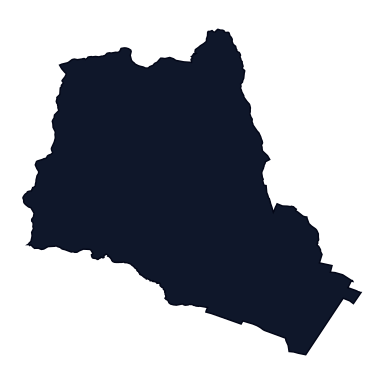 Turia, Covasna, Romania (Robinson projection)
{"feature_id": "2599482B69568835310274", "entity_name": "Turia", "entity_type": "district", "adm_level": 2, "iso_a3": "ROU", "parent_name": "Romania", "parent_adm1": "Covasna", "projection": "robinson", "projection_center": [26.016, 46.065], "detail": "fine", "context": "isolated", "style": "filled", "palette": "ink", "viewbox_px": 384, "rotation_deg": 0, "n_neighbors": 0, "source": "geoboundaries", "source_scale": "gbopen_adm2", "svg_char_len": 5811}
<svg xmlns="http://www.w3.org/2000/svg" viewBox="0 0 384 384"><path d="M305.7,354.7L343.2,298.2L349.7,300.8L353.4,303.6L361.0,292.5L360.0,292.4L358.9,291.8L358.2,291.9L357.5,291.3L355.7,290.5L347.9,287.7L351.0,281.4L351.3,281.1L352.8,281.4L352.4,280.6L351.2,280.3L342.7,274.8L335.0,272.6L330.3,272.2L332.0,265.6L319.4,262.9L322.0,254.4L320.6,251.7L320.4,249.6L318.6,246.3L317.5,245.5L317.1,244.9L317.3,243.8L317.8,243.1L317.5,242.0L317.7,241.3L318.4,240.4L318.6,239.6L318.3,237.1L318.3,233.8L316.7,230.3L315.6,229.0L311.4,226.0L308.9,223.6L307.1,218.6L306.8,217.0L304.9,216.8L302.9,216.1L297.9,212.1L296.1,211.0L295.6,210.5L296.3,209.2L294.8,208.1L293.5,206.8L291.2,206.3L290.6,206.7L287.5,206.2L282.5,206.0L277.1,203.8L276.3,205.6L275.4,207.3L274.3,210.3L273.3,212.3L271.9,207.3L270.3,202.8L270.4,202.5L269.2,198.5L268.5,197.9L267.8,195.3L266.7,192.5L266.1,185.6L264.5,185.4L264.0,185.1L263.4,183.6L262.6,180.3L263.2,179.3L262.4,177.5L261.7,173.1L261.9,171.7L263.5,168.0L263.5,167.5L264.0,166.2L264.0,165.4L265.0,163.4L265.5,161.7L269.7,159.5L267.5,155.7L262.5,151.0L262.1,149.0L262.0,147.1L261.5,145.5L261.5,144.8L262.3,143.6L262.5,142.8L262.2,141.1L261.3,139.0L260.7,136.9L258.8,132.8L257.1,131.0L253.0,125.0L252.9,124.1L252.0,121.8L252.2,119.1L250.9,117.0L249.9,114.1L249.8,112.8L250.2,112.1L250.2,109.1L250.4,108.0L249.7,105.0L249.3,104.1L246.9,101.4L243.9,97.2L243.7,95.5L241.8,92.0L241.2,89.8L240.6,88.6L240.6,87.5L241.0,86.5L240.6,84.0L242.4,82.2L242.8,80.3L243.7,78.3L244.2,73.1L244.5,72.0L244.7,70.8L244.4,70.3L242.3,68.6L242.6,67.0L243.0,66.6L243.0,66.0L242.1,63.0L242.2,61.8L241.1,60.4L240.7,58.6L239.9,56.9L240.5,55.2L240.1,54.1L239.2,52.5L237.6,51.8L237.1,51.2L236.7,50.5L236.7,49.6L236.3,49.4L235.6,46.3L233.5,44.6L233.0,43.9L232.1,41.5L232.2,39.2L231.3,37.4L229.9,35.8L229.1,33.1L228.8,32.7L228.1,32.3L226.3,32.5L224.4,32.1L224.0,30.8L223.6,30.6L222.6,30.2L220.3,30.1L217.9,29.3L216.4,30.4L215.3,31.9L214.8,32.1L213.2,31.8L212.4,30.8L212.0,30.6L210.0,31.4L208.3,31.4L207.7,32.2L207.5,36.0L206.5,38.9L206.5,40.5L206.2,41.6L203.5,43.8L200.3,45.8L198.5,47.4L195.4,49.6L195.0,51.6L195.1,52.8L196.0,53.3L195.4,53.5L195.4,53.9L194.5,54.4L194.4,53.8L193.8,53.7L193.0,54.9L192.6,56.0L191.4,56.5L192.6,58.1L192.5,58.4L192.0,58.5L191.1,59.3L191.1,60.1L191.7,61.0L191.3,62.0L191.4,62.4L183.9,61.9L175.8,60.4L173.5,58.8L169.8,57.5L165.0,58.6L162.0,58.2L160.7,58.2L158.2,61.0L157.5,62.0L154.5,63.5L153.1,65.3L149.6,66.7L148.5,67.9L147.2,68.1L145.6,68.1L143.2,67.0L139.8,66.2L138.1,65.6L135.3,64.2L134.2,63.0L132.3,61.5L131.4,60.1L130.2,55.4L131.1,51.8L131.1,51.2L130.7,50.1L128.5,48.7L126.1,48.0L124.2,47.9L121.2,48.4L120.8,48.9L120.2,50.6L119.0,51.9L117.9,52.4L115.5,52.3L111.2,53.1L109.4,52.8L107.1,53.3L105.1,55.4L102.6,56.2L101.5,56.2L98.9,56.9L95.6,56.5L92.3,56.9L91.4,56.6L88.9,56.9L87.8,57.3L87.4,58.2L85.3,59.5L84.5,58.6L83.3,58.6L82.2,59.0L77.4,59.7L74.5,59.1L73.2,59.3L72.1,59.6L68.8,62.1L67.5,62.8L61.7,64.2L59.6,65.1L61.7,68.7L64.7,72.2L65.9,73.3L66.3,74.0L65.0,76.8L62.1,80.5L62.1,81.0L63.0,82.2L63.4,83.3L62.7,83.8L61.4,85.3L61.9,86.1L61.4,86.5L60.8,87.6L60.3,87.9L59.9,94.2L59.3,95.1L56.9,97.4L57.0,98.6L56.3,101.3L56.7,102.9L57.7,104.4L57.7,105.7L58.0,106.2L57.9,107.3L58.1,108.5L58.6,109.7L58.7,110.7L54.5,115.0L54.1,118.1L53.1,119.5L52.3,121.2L52.9,123.7L53.1,127.4L55.2,131.6L55.3,132.5L55.0,134.5L55.3,136.9L55.3,138.2L54.2,142.2L51.5,148.1L51.4,148.9L51.6,150.0L52.6,152.5L52.4,153.2L50.8,154.4L48.5,155.2L47.5,155.9L46.6,157.6L45.8,158.4L44.0,158.7L42.3,159.5L37.1,161.1L36.4,161.8L35.3,164.9L36.9,168.6L38.6,171.3L38.7,172.1L38.4,173.7L37.1,175.6L36.1,179.9L36.0,181.9L35.5,183.8L35.3,186.1L33.3,187.6L32.7,187.6L32.8,188.1L31.9,189.4L31.7,190.5L31.4,190.8L28.1,191.5L27.3,192.0L27.0,192.8L26.6,193.2L25.4,194.0L24.4,195.1L23.0,197.4L23.1,198.7L23.7,199.6L23.7,201.9L24.3,203.2L25.6,204.6L28.5,206.9L31.0,207.8L34.1,213.2L33.4,217.1L32.0,218.8L31.7,219.6L31.7,220.9L31.9,221.4L32.9,222.3L33.0,222.7L33.2,224.4L32.9,226.7L33.5,228.7L31.7,232.3L32.1,235.6L31.9,237.2L30.9,241.5L29.4,242.8L28.5,244.1L27.7,244.6L28.8,244.6L29.8,245.5L30.6,244.8L30.9,244.8L32.7,246.8L34.5,248.3L38.4,248.2L41.4,249.4L43.8,249.0L48.0,246.6L55.0,246.2L56.1,245.7L57.3,246.5L60.1,247.4L60.9,247.9L61.3,248.5L62.9,249.2L64.8,249.6L71.3,252.0L73.0,251.7L74.8,252.3L77.0,252.2L79.3,250.8L83.4,249.1L89.5,249.4L90.6,249.7L92.9,253.3L92.7,254.1L91.5,254.6L91.6,256.0L92.3,257.6L93.0,258.1L96.4,258.6L97.2,259.4L98.2,259.3L98.9,258.6L100.1,258.1L101.0,257.1L102.4,257.7L103.5,257.7L104.0,257.3L103.8,256.3L104.1,255.8L104.0,255.3L105.3,254.8L105.8,254.3L106.7,254.2L108.2,255.5L107.8,256.1L109.1,256.6L110.4,257.9L111.4,259.3L111.9,260.5L112.3,260.8L112.5,261.3L113.0,261.6L114.3,262.2L116.4,262.4L121.7,262.3L124.0,262.0L124.7,262.6L127.1,262.7L130.6,263.9L131.8,265.1L133.5,266.3L135.3,268.3L137.0,269.2L136.8,270.0L137.4,271.0L138.8,271.8L138.9,272.7L140.1,273.7L139.9,274.4L141.8,275.3L144.7,277.7L145.7,277.9L146.2,278.9L146.5,279.0L146.9,278.6L147.7,278.8L149.8,279.8L150.1,280.7L153.0,280.8L152.9,281.4L155.7,281.8L156.4,282.6L157.0,282.5L157.1,283.3L159.6,283.1L160.4,284.3L160.0,284.9L160.2,285.7L161.9,287.3L162.8,287.5L163.2,288.0L163.4,289.2L165.3,291.1L165.3,291.3L164.7,291.6L164.7,292.0L165.2,293.4L165.2,294.4L165.8,295.5L165.7,296.0L166.0,296.9L165.0,298.2L166.1,299.4L167.8,300.2L168.8,302.2L168.9,302.7L170.5,304.0L173.5,304.8L176.4,305.1L182.8,303.9L183.2,304.5L185.1,305.2L188.1,304.9L189.5,304.3L190.3,304.5L191.4,304.4L192.9,304.8L193.5,305.3L194.6,305.4L196.0,306.0L198.9,306.3L199.2,306.0L206.7,307.3L207.6,307.5L206.3,310.5L205.9,312.0L211.4,313.5L241.1,324.0L242.4,321.6L243.0,321.0L252.8,323.9L257.0,325.6L260.0,327.3L263.4,329.8L264.8,330.5L285.5,338.1L286.0,340.6L288.2,345.5L289.1,351.5L293.6,351.9L298.3,353.2L305.7,354.7Z" fill="#0f172a" stroke="#020617" stroke-width="1.5"/></svg>